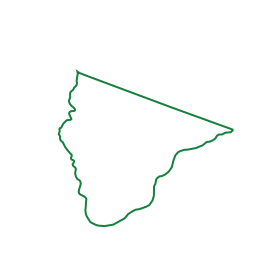 the district of Sibinal, San Marcos, Guatemala, rotated 145°
{"feature_id": "79465075B17563879064897", "entity_name": "Sibinal", "entity_type": "district", "adm_level": 2, "iso_a3": "GTM", "parent_name": "Guatemala", "parent_adm1": "San Marcos", "projection": "robinson", "projection_center": [-92.035, 15.127], "detail": "fine", "context": "isolated", "style": "outline", "palette": "green", "viewbox_px": 256, "rotation_deg": 145, "n_neighbors": 0, "source": "geoboundaries", "source_scale": "gbopen_adm2", "svg_char_len": 2371}
<svg xmlns="http://www.w3.org/2000/svg" viewBox="0 0 256 256"><g transform="rotate(145 128 128)"><path d="M212.8,72.7L212.1,71.0L210.6,68.3L209.5,66.5L208.0,64.8L203.3,61.0L195.5,57.3L182.5,55.9L177.2,57.4L171.5,57.2L168.5,56.6L165.4,55.1L158.1,53.0L154.7,52.7L149.5,54.6L145.7,57.6L140.2,65.2L137.4,66.7L134.5,69.6L133.4,70.1L130.3,70.4L127.8,69.2L124.4,68.6L119.5,68.9L114.7,70.7L109.5,75.2L105.0,78.4L100.9,79.4L98.4,79.1L94.3,77.8L91.6,76.1L83.6,72.5L76.7,71.0L71.5,71.4L68.5,69.8L65.8,69.3L62.6,69.3L59.5,70.6L57.5,70.6L54.7,68.8L50.7,68.2L46.4,65.7L43.9,65.9L43.2,66.7L80.9,120.4L132.0,194.6L136.2,200.9L137.1,203.3L137.6,202.0L138.1,201.2L138.6,200.7L142.1,197.2L142.7,196.5L143.3,195.6L143.6,194.9L144.0,194.1L144.6,193.5L145.8,192.5L146.6,192.3L147.4,192.1L148.1,192.1L149.2,191.9L150.2,191.2L150.9,190.8L151.9,190.7L153.3,190.6L154.2,190.5L155.2,189.9L155.6,189.4L156.2,188.6L157.8,186.3L158.5,185.8L159.3,185.3L159.9,184.8L160.4,184.4L160.9,183.8L161.4,182.8L161.5,182.1L161.7,180.8L161.7,179.9L161.5,178.1L161.2,177.2L160.8,175.9L160.7,174.6L160.8,173.6L161.2,173.0L162.0,172.8L162.9,173.1L163.8,173.7L164.6,174.2L165.4,174.5L166.3,174.6L167.4,174.2L168.0,173.4L168.2,172.8L168.4,171.9L168.6,171.0L168.8,169.8L169.0,168.5L169.4,167.7L170.4,167.7L171.3,168.2L172.6,168.9L173.7,169.4L174.3,169.4L175.1,169.3L176.0,169.1L177.4,168.9L179.0,168.4L180.2,167.9L181.3,167.2L182.1,166.8L183.0,166.6L183.9,166.9L184.7,166.6L185.0,166.1L185.6,164.8L186.3,164.1L187.2,163.5L187.9,163.1L188.3,162.5L188.3,161.6L188.3,160.9L188.6,159.7L189.4,159.0L189.8,158.2L190.1,157.3L190.3,156.3L189.6,153.4L190.1,150.5L190.4,148.1L190.3,145.0L190.0,141.6L189.9,140.2L189.6,138.9L189.6,138.1L189.9,137.5L190.7,137.0L191.5,136.5L192.0,136.1L192.3,135.4L192.3,134.6L192.0,134.0L191.5,133.4L191.1,132.3L191.6,131.3L192.2,130.9L193.3,130.4L194.3,129.9L194.6,128.8L194.4,127.4L194.1,126.7L194.0,125.4L194.1,124.7L194.4,124.1L195.4,123.1L196.4,122.2L197.1,121.4L197.5,120.7L198.1,119.2L198.6,117.7L198.8,115.7L198.5,114.7L197.8,113.0L197.7,111.8L198.0,110.8L198.6,109.6L199.4,108.8L200.4,107.9L202.2,106.6L203.6,105.4L204.6,104.5L205.0,103.9L205.5,102.7L205.5,102.0L205.2,100.7L203.7,98.2L203.1,96.8L202.7,95.5L202.7,94.6L203.1,93.4L204.5,91.8L206.9,88.9L208.9,86.4L209.8,85.5L211.0,83.5L211.8,81.8L212.4,79.6L212.6,77.0L212.8,72.7Z" fill="none" stroke="#15803d" stroke-width="2"/></g></svg>